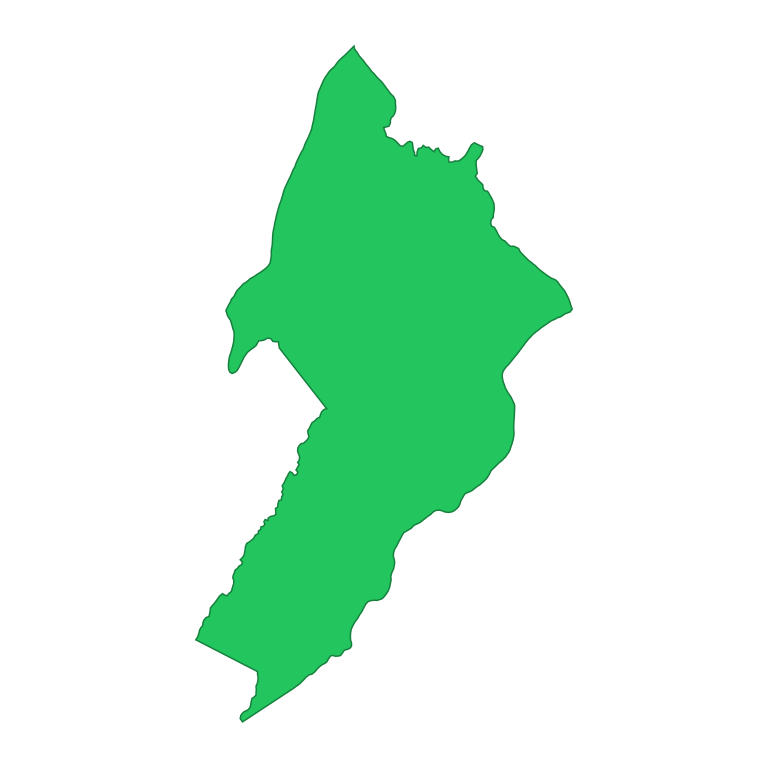 Igarapé-Miri, Pará, Brazil
{"feature_id": "56859067B62741857059247", "entity_name": "Igarapé-Miri", "entity_type": "district", "adm_level": 2, "iso_a3": "BRA", "parent_name": "Brazil", "parent_adm1": "Pará", "projection": "natural_earth1", "projection_center": [-49.142, -2.076], "detail": "fine", "context": "isolated", "style": "filled", "palette": "green", "viewbox_px": 768, "rotation_deg": 0, "n_neighbors": 0, "source": "geoboundaries", "source_scale": "gbopen_adm2", "svg_char_len": 6068}
<svg xmlns="http://www.w3.org/2000/svg" viewBox="0 0 768 768"><path d="M354.0,46.1L349.0,51.1L345.0,55.1L340.6,59.0L338.2,61.4L334.3,66.7L330.2,70.4L328.5,72.5L327.2,74.6L325.2,77.4L323.3,80.8L318.4,92.2L317.7,95.4L316.3,104.5L315.4,109.4L313.5,120.7L312.7,124.0L311.5,129.3L310.2,132.8L307.8,138.4L305.4,143.2L303.0,149.6L301.5,151.8L297.5,160.0L295.9,163.7L295.0,166.6L293.2,169.6L290.4,176.5L289.0,179.2L285.2,187.3L283.7,191.1L282.7,195.2L280.6,201.9L279.5,204.5L277.6,211.2L276.4,215.7L275.7,219.4L275.0,222.0L274.3,226.3L273.6,229.3L273.0,232.5L272.7,235.6L272.3,244.4L271.9,247.2L271.3,250.2L271.3,256.3L270.1,262.9L268.4,265.7L266.0,268.1L264.1,269.7L259.2,273.1L256.9,274.5L254.8,276.1L250.3,278.6L248.1,280.6L245.8,282.4L243.1,284.0L240.7,286.8L238.6,288.9L236.9,290.8L235.4,293.5L234.0,296.4L231.5,299.1L230.3,302.2L228.9,304.5L225.9,310.5L227.5,315.5L228.7,317.8L230.3,319.9L231.2,322.6L233.0,329.0L234.0,331.7L234.1,335.2L234.0,338.2L233.7,341.5L233.0,344.9L231.4,351.0L229.4,356.9L228.9,360.0L228.4,364.7L228.7,369.5L230.0,372.2L232.1,373.5L235.2,372.2L237.2,370.4L239.1,367.2L244.2,356.9L247.4,352.4L250.6,349.7L254.0,347.3L256.1,345.5L258.8,340.7L261.0,340.7L264.0,340.1L267.9,338.0L271.0,338.8L272.8,341.4L275.1,341.7L278.4,341.7L278.8,344.9L279.4,348.1L288.6,359.9L293.8,366.6L326.7,408.7L324.0,409.5L321.6,411.9L320.5,414.6L319.7,417.2L316.9,418.6L314.6,421.0L312.0,422.7L309.3,428.3L307.8,430.6L308.0,433.5L309.0,436.7L307.6,439.3L305.8,441.2L303.5,443.3L301.2,443.6L299.3,445.4L297.8,448.1L297.6,451.5L298.7,454.2L299.6,456.9L299.3,460.0L297.6,462.4L299.2,464.4L296.0,470.0L297.8,471.9L296.8,474.6L294.0,475.4L292.5,473.0L290.0,471.6L288.4,473.9L287.4,476.2L286.0,478.4L285.0,480.9L283.8,483.3L282.2,485.8L283.3,489.1L281.7,491.9L283.0,494.6L281.6,496.9L281.5,499.8L278.9,500.5L278.0,503.7L277.7,507.1L275.5,508.4L275.9,514.3L273.8,515.8L271.0,516.3L268.4,517.8L267.9,520.5L265.2,519.5L263.9,521.8L264.9,524.3L263.3,526.3L261.0,526.8L260.7,529.4L258.4,531.0L258.1,533.7L255.2,535.2L253.9,538.0L251.7,540.1L249.2,542.0L246.8,543.3L245.5,546.4L245.1,549.9L244.0,555.4L242.2,557.7L240.2,559.8L242.2,561.6L241.9,564.5L239.1,566.0L237.3,568.6L235.2,570.0L234.3,572.7L233.3,575.1L232.8,577.6L233.7,580.3L233.7,583.7L232.8,586.2L232.1,588.9L231.3,591.5L228.9,593.4L227.1,595.7L224.8,595.2L222.6,593.6L219.8,595.8L216.5,600.4L214.3,603.4L212.2,605.7L210.4,608.0L210.1,611.0L209.7,613.6L208.9,616.5L206.1,617.6L204.0,619.9L203.0,622.6L202.7,625.7L200.8,627.8L199.5,630.4L198.9,633.3L197.6,637.0L195.8,639.8L257.6,671.6L257.5,674.3L258.1,677.0L257.9,680.5L257.2,683.7L256.0,686.1L256.3,689.3L256.1,692.0L256.0,695.0L254.3,696.9L252.0,698.5L251.2,701.7L250.7,704.6L250.1,707.4L248.3,709.5L246.4,710.8L244.2,711.6L242.2,713.5L240.8,715.6L240.2,718.6L242.5,721.9L293.7,688.2L295.7,686.6L297.9,685.2L300.0,683.5L304.2,679.3L306.1,677.1L309.1,674.8L311.9,674.2L315.2,671.5L317.0,669.2L319.5,666.7L322.2,664.6L324.7,663.5L326.8,661.9L328.7,658.6L330.5,656.0L332.8,655.4L335.1,656.2L337.8,656.1L340.6,655.5L344.5,650.1L347.3,649.4L350.0,648.2L351.5,646.1L351.5,642.9L350.6,640.2L350.4,636.5L350.6,632.6L351.2,629.3L352.6,626.1L354.8,622.1L357.5,618.6L359.6,614.9L361.7,611.8L363.7,607.9L365.9,603.9L368.1,601.6L370.9,600.6L374.6,600.2L377.0,600.4L379.7,599.6L382.3,598.6L384.3,596.5L386.7,593.4L388.5,590.3L389.6,587.3L391.1,580.0L390.8,576.2L391.9,572.5L393.6,568.8L394.3,565.5L394.7,561.9L394.1,558.9L393.3,556.1L393.6,552.6L394.7,549.1L396.5,546.3L402.1,535.3L403.8,532.6L405.9,531.4L411.2,528.3L413.8,525.4L420.0,522.5L425.6,518.1L427.6,516.4L430.4,514.7L433.2,511.9L435.9,510.4L439.3,510.2L442.0,510.7L444.7,511.9L448.4,512.4L451.7,511.9L454.1,510.8L456.4,508.9L458.5,506.8L459.9,504.1L460.9,500.7L462.8,497.3L464.6,494.2L466.7,492.9L469.5,491.8L471.8,490.7L477.3,486.4L479.7,484.9L483.6,481.5L485.4,479.8L487.2,477.7L488.8,475.2L491.1,470.6L493.2,468.5L495.0,466.9L496.7,465.1L499.2,462.7L501.4,461.0L505.6,456.8L508.7,452.3L510.0,449.8L510.7,447.4L512.0,443.6L513.0,440.2L513.8,436.1L514.0,433.3L513.7,427.5L513.9,421.1L514.2,418.3L514.7,406.8L514.3,404.0L510.9,396.9L507.9,392.6L505.3,387.8L504.5,385.2L503.4,382.4L502.7,379.7L502.3,376.9L502.3,373.9L503.2,371.1L504.7,368.8L506.7,366.3L508.5,364.6L511.9,360.4L515.1,356.4L517.3,353.9L522.3,347.0L524.1,344.9L525.6,342.5L527.4,340.6L529.0,338.4L530.8,336.8L532.5,334.7L536.4,331.5L538.5,330.0L541.1,327.8L551.1,320.9L555.6,318.9L557.7,317.6L560.0,317.1L562.6,315.5L564.7,314.0L567.7,312.8L570.0,312.0L572.2,309.2L570.9,305.5L569.7,301.5L568.2,297.7L565.6,292.6L564.2,290.2L561.9,287.6L559.7,284.8L557.5,281.7L555.5,279.9L550.9,277.9L548.1,276.1L545.3,274.1L540.3,270.3L537.3,267.7L535.7,265.9L533.0,263.9L531.1,262.2L528.7,260.5L522.3,254.1L520.0,251.5L518.6,248.5L516.0,247.2L513.7,246.2L511.0,246.4L508.7,245.1L504.9,241.0L502.0,239.6L499.9,237.2L498.0,234.2L496.4,230.7L494.3,227.4L491.4,226.0L490.7,222.9L491.3,219.5L493.2,217.5L493.3,214.7L493.9,211.9L494.3,208.2L493.9,203.4L491.9,198.6L489.1,193.8L487.5,191.2L484.6,190.8L483.2,188.4L482.7,184.6L480.6,182.5L478.1,180.2L475.3,176.1L477.2,173.5L476.4,167.0L476.1,163.8L476.2,160.5L478.3,158.3L480.0,156.0L481.9,152.3L482.9,149.7L482.6,146.6L480.0,145.6L477.9,144.6L474.4,142.8L471.5,144.8L469.6,147.9L468.0,151.0L465.5,155.3L463.1,157.7L460.2,160.0L458.0,161.2L455.0,160.9L452.5,162.1L449.0,162.1L448.5,159.4L449.0,156.9L445.7,156.3L442.2,154.3L439.8,151.5L438.2,148.1L435.5,149.1L434.1,151.8L431.3,149.6L428.7,147.2L425.8,147.4L423.2,145.4L421.6,147.7L418.3,148.6L417.1,152.0L416.9,155.9L414.7,155.5L414.5,152.8L413.4,150.1L412.8,146.0L412.3,142.6L410.1,141.3L407.6,142.2L403.2,146.2L400.3,145.9L396.1,141.3L393.5,139.3L391.2,138.2L388.4,137.4L386.3,136.4L385.9,133.7L384.5,130.5L383.7,127.5L386.3,126.9L389.0,126.2L390.4,122.9L390.4,120.3L391.2,117.9L393.2,115.9L394.6,113.8L395.6,110.1L395.7,106.6L395.4,103.4L395.4,100.3L393.5,96.5L390.9,94.0L389.1,91.7L381.8,81.9L377.5,77.8L373.6,73.2L371.6,71.4L369.5,68.4L365.9,64.1L362.6,59.6L360.9,57.9L359.1,55.7L357.4,52.8L354.6,49.1L354.0,46.1Z" fill="#22c55e" stroke="#15803d" stroke-width="1.5"/></svg>